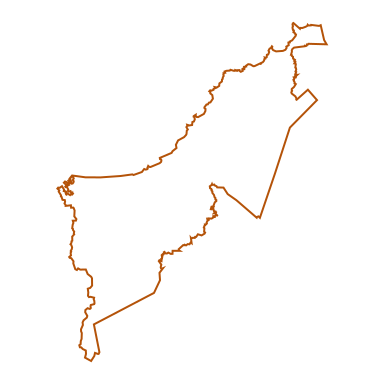 ÅpÅtiki District, Bay of Plenty, New Zealand (orthographic projection)
{"feature_id": "76426892B67902923412925", "entity_name": "ÅpÅtiki District", "entity_type": "district", "adm_level": 2, "iso_a3": "NZL", "parent_name": "New Zealand", "parent_adm1": "Bay of Plenty", "projection": "orthographic", "projection_center": [177.566, -38.035], "detail": "fine", "context": "isolated", "style": "outline", "palette": "amber", "viewbox_px": 384, "rotation_deg": 0, "n_neighbors": 0, "source": "geoboundaries", "source_scale": "gbopen_adm2", "svg_char_len": 5790}
<svg xmlns="http://www.w3.org/2000/svg" viewBox="0 0 384 384"><path d="M85.0,357.6L91.1,361.0L94.3,356.0L95.0,352.9L98.1,354.0L98.7,353.8L99.4,352.2L93.9,324.4L154.0,292.9L160.0,280.2L159.5,272.8L163.0,268.2L161.6,268.8L161.0,268.3L160.7,267.3L161.3,264.6L158.8,261.1L159.4,260.2L161.5,261.1L161.6,259.8L161.2,259.0L162.0,258.6L161.9,255.8L162.4,256.1L162.5,255.3L162.0,255.2L162.3,254.6L163.2,254.5L163.2,253.8L164.2,253.6L163.9,252.2L164.5,251.9L165.3,253.3L166.9,253.5L168.3,252.6L170.8,253.9L172.5,253.8L172.6,250.8L179.7,250.8L178.9,250.3L178.7,249.2L183.2,245.1L184.0,245.3L184.6,244.7L186.0,245.4L187.7,244.1L189.5,244.3L190.7,242.4L191.6,243.1L190.9,237.8L191.5,238.5L192.8,237.8L194.8,237.9L195.1,236.9L196.2,236.9L197.9,234.3L201.6,235.4L204.6,233.6L205.1,232.5L204.1,231.8L204.4,228.2L203.8,227.6L204.5,225.7L205.1,225.3L204.9,224.4L206.3,224.2L206.9,223.4L206.6,222.5L207.6,220.5L207.4,219.5L208.4,220.2L208.8,219.9L208.5,218.4L211.6,218.6L213.1,217.6L213.3,216.3L213.8,217.0L214.8,217.0L215.1,215.5L215.7,215.0L217.8,215.9L215.6,213.8L215.9,212.9L214.2,213.0L215.4,211.5L213.9,211.0L213.2,208.0L212.1,208.2L211.6,209.3L210.8,209.2L211.5,206.7L213.8,206.4L213.6,205.4L214.8,202.3L216.3,201.1L216.3,200.0L215.4,199.5L215.4,198.0L214.6,197.3L214.0,195.0L212.3,192.8L212.4,191.4L211.5,190.6L211.8,189.9L211.3,188.9L210.1,188.3L209.8,186.3L211.6,185.0L212.0,184.1L212.3,184.9L214.3,184.6L214.6,185.4L216.5,186.2L217.2,187.4L223.5,187.6L227.7,194.1L236.4,200.2L256.7,217.7L257.0,216.9L258.5,216.4L259.9,217.8L274.9,173.7L289.9,127.6L317.0,100.1L307.9,89.7L296.0,100.3L296.6,98.9L295.4,96.4L291.7,93.5L291.3,92.3L292.1,90.8L291.7,90.1L291.8,88.9L294.0,87.0L295.8,84.1L294.5,83.4L294.7,82.3L293.8,80.9L294.0,80.0L293.5,79.7L294.5,78.2L294.0,77.5L295.8,77.4L296.2,75.8L297.1,75.0L295.5,75.3L295.9,74.7L295.5,74.4L295.9,74.1L295.4,73.8L296.2,72.0L295.5,71.5L296.2,69.7L296.0,68.1L295.3,67.6L295.8,64.4L295.4,64.3L295.3,62.7L294.6,62.9L295.3,61.5L294.2,60.9L294.9,59.8L293.1,58.6L293.0,56.8L291.9,56.0L291.7,54.9L291.0,54.8L291.9,51.8L291.8,50.3L292.4,49.0L294.1,47.6L304.5,46.3L304.8,45.7L305.8,46.1L306.8,45.5L306.9,44.5L307.8,44.6L308.4,43.8L326.6,44.3L324.1,40.0L320.7,25.2L319.1,25.9L311.1,24.9L310.9,25.4L308.4,25.5L307.7,24.8L307.4,25.8L305.6,26.8L302.3,28.0L300.4,27.9L300.0,28.8L293.4,23.0L292.8,23.4L292.5,24.6L293.0,26.2L292.5,27.2L292.7,29.1L293.7,30.3L293.3,30.6L293.9,31.4L293.5,32.3L294.9,33.1L295.3,34.3L296.0,34.5L295.7,35.8L292.2,40.3L289.7,41.6L289.8,42.4L288.4,42.6L288.7,45.2L286.3,46.6L286.6,47.9L285.4,49.8L282.9,50.9L276.1,51.4L273.1,50.1L272.3,49.0L272.0,47.5L272.3,46.7L271.9,46.3L270.8,48.1L269.6,48.6L268.5,50.7L269.2,52.0L268.2,54.5L266.9,54.8L266.7,57.2L265.8,57.8L264.8,57.5L265.2,58.7L264.3,59.1L264.1,60.6L262.8,62.2L261.3,62.9L261.1,63.6L260.7,63.8L260.4,63.3L254.6,66.1L253.3,66.2L250.5,64.5L248.2,64.2L246.1,65.7L246.2,66.5L244.2,66.8L244.5,67.6L243.9,68.0L244.4,68.1L244.3,69.2L242.4,69.5L242.7,70.9L240.8,71.8L239.7,71.0L239.5,70.1L237.6,70.2L237.8,70.5L237.1,70.9L235.1,70.0L234.8,70.8L233.8,70.8L230.4,69.8L229.8,70.6L226.4,70.8L224.6,71.5L225.2,72.8L223.5,73.2L223.7,74.0L223.3,74.8L223.7,75.9L222.8,77.4L222.7,78.9L222.0,79.5L221.9,81.5L219.4,83.4L219.2,85.9L216.8,87.5L214.8,87.1L215.4,88.1L213.6,88.8L213.5,89.8L211.6,90.6L210.2,90.3L209.3,91.3L210.3,92.0L210.3,93.4L212.3,95.1L212.9,98.7L210.4,102.4L209.0,102.6L207.8,104.4L206.5,104.5L204.4,107.3L204.5,108.2L205.5,108.9L205.4,111.0L203.9,113.9L198.1,117.1L196.8,117.0L195.6,115.8L195.7,114.8L193.7,116.1L193.6,116.7L194.4,117.2L194.8,119.4L193.9,121.5L192.4,122.0L192.1,125.0L188.3,125.6L188.2,125.1L187.2,124.8L187.4,125.5L186.4,127.1L187.8,129.5L186.8,130.6L186.5,134.0L186.1,134.9L184.1,137.1L178.1,140.4L175.9,144.8L176.5,148.0L172.5,151.2L171.6,152.9L159.8,157.9L160.0,159.1L161.2,159.6L161.4,160.6L161.1,161.9L159.6,163.2L150.5,167.0L149.3,166.9L148.2,165.9L147.4,167.8L147.7,168.7L147.0,169.3L145.6,169.6L144.2,169.0L141.9,172.0L133.5,175.0L132.4,174.4L120.6,176.0L100.5,177.4L85.3,177.3L72.1,175.5L69.6,178.6L69.9,178.9L71.0,177.0L73.1,176.7L73.7,178.5L73.0,179.4L73.7,181.5L73.4,182.5L72.6,183.5L71.4,183.7L71.1,182.6L69.9,183.0L69.4,182.4L70.6,181.5L69.1,181.7L68.2,183.0L69.0,184.9L67.7,185.3L67.0,187.2L67.0,188.0L67.2,187.6L68.3,189.5L68.0,190.9L68.6,191.6L70.5,191.1L70.8,192.1L71.7,192.5L71.8,193.3L72.7,193.2L73.0,193.6L72.6,194.0L72.5,193.4L72.2,193.9L71.5,193.6L71.4,194.4L70.8,194.2L70.1,195.1L66.8,193.1L66.3,192.2L65.9,192.8L66.4,193.5L66.3,194.5L66.1,194.4L65.1,191.2L63.8,191.0L64.1,189.7L62.0,186.2L59.7,187.8L58.2,187.6L57.4,188.6L59.3,190.4L58.7,191.6L61.0,195.3L60.9,196.4L61.5,196.7L62.5,199.8L64.8,200.1L65.1,201.8L64.5,203.5L65.6,204.9L65.6,205.9L70.9,205.3L71.1,207.7L73.3,207.6L73.7,208.1L74.6,210.5L74.3,216.4L76.4,219.1L75.9,220.6L72.8,220.7L73.4,222.9L72.7,224.7L72.2,228.4L72.9,228.8L73.1,230.2L74.2,231.6L73.8,233.5L74.2,234.3L72.2,236.6L72.3,240.7L71.5,241.3L71.5,242.6L70.5,244.3L71.3,245.0L72.1,247.3L71.8,249.1L70.7,251.0L71.2,251.7L70.6,253.0L71.0,255.4L69.2,257.0L69.7,257.8L71.3,258.2L73.5,261.3L73.3,263.4L75.3,269.2L76.9,270.0L78.1,268.4L80.2,269.6L85.8,269.5L87.7,274.1L91.2,276.8L92.0,278.3L92.1,285.6L90.2,287.9L87.8,288.7L88.3,292.5L88.0,295.8L89.0,297.1L90.4,296.8L94.1,297.7L93.7,299.3L94.3,300.8L94.5,303.4L94.2,304.1L90.8,305.0L90.5,306.2L90.8,308.0L90.3,308.7L89.5,308.9L87.6,308.2L85.4,310.0L85.2,312.2L87.3,315.9L86.8,317.6L83.6,320.3L82.6,322.4L82.9,325.0L81.0,329.3L81.1,331.4L81.8,333.0L81.6,338.9L80.8,341.0L80.6,344.2L79.3,345.2L79.9,347.3L81.3,347.4L82.7,349.0L85.8,350.5L86.0,353.9L85.0,357.6ZM67.3,183.9L67.1,182.3L65.0,181.5L63.9,182.7L66.1,184.8L67.3,183.9ZM71.4,179.5L69.3,179.7L68.6,180.4L69.4,180.7L69.5,180.0L71.4,179.5ZM66.0,187.7L65.8,186.1L65.3,186.6L66.0,187.7Z" fill="none" stroke="#b45309" stroke-width="2"/></svg>